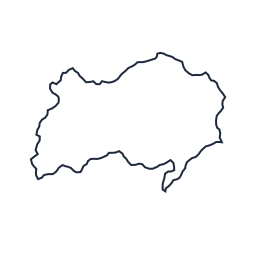 Santana dos Montes, Minas Gerais, Brazil (orthographic projection), rotated 169°
{"feature_id": "56859067B86300581362417", "entity_name": "Santana dos Montes", "entity_type": "district", "adm_level": 2, "iso_a3": "BRA", "parent_name": "Brazil", "parent_adm1": "Minas Gerais", "projection": "orthographic", "projection_center": [-43.666, -20.788], "detail": "fine", "context": "isolated", "style": "outline", "palette": "slate", "viewbox_px": 256, "rotation_deg": 169, "n_neighbors": 0, "source": "geoboundaries", "source_scale": "gbopen_adm2", "svg_char_len": 2218}
<svg xmlns="http://www.w3.org/2000/svg" viewBox="0 0 256 256"><g transform="rotate(169 128 128)"><path d="M170.9,197.3L174.9,196.4L178.3,194.0L181.4,194.5L183.8,191.2L185.0,187.6L187.6,186.2L189.9,184.6L193.4,187.1L196.1,185.6L197.0,181.5L195.5,177.2L192.6,174.7L190.4,172.1L190.4,169.2L191.4,166.1L194.9,163.4L199.1,161.6L203.3,160.8L204.5,156.7L207.3,153.9L210.7,152.7L213.6,150.0L214.9,146.2L217.5,143.2L219.2,138.9L216.2,136.5L217.2,132.4L220.3,129.2L222.9,124.0L221.6,119.6L225.3,117.9L229.3,115.8L229.0,111.1L227.5,108.0L225.8,105.4L226.9,102.0L227.2,99.0L226.0,95.0L221.9,95.7L219.6,97.8L215.7,98.0L210.5,97.1L206.7,99.0L203.2,102.4L199.3,104.1L196.7,102.4L194.1,101.3L191.4,99.4L189.6,96.5L187.1,94.3L183.0,93.8L180.9,96.4L178.9,99.2L175.4,100.5L173.6,103.2L170.7,104.7L167.4,104.3L164.3,103.5L160.8,103.6L157.3,104.3L153.8,105.2L151.4,107.3L147.5,106.5L144.5,106.3L141.2,107.0L138.3,103.9L137.7,101.1L135.7,98.3L134.3,94.7L132.0,91.1L127.6,90.4L123.9,90.9L121.0,89.8L118.8,86.2L115.0,84.0L111.5,83.3L106.9,84.3L103.8,85.7L100.1,85.7L97.2,86.5L92.4,88.4L90.2,85.2L90.1,81.6L90.7,77.8L93.9,77.1L96.9,77.6L100.3,76.1L101.8,72.0L103.3,69.2L104.7,66.2L105.7,61.0L103.4,58.7L102.4,61.6L99.3,63.0L96.0,65.4L93.4,68.1L89.2,68.4L86.7,69.5L84.7,71.9L82.7,74.9L79.7,77.4L78.4,80.5L76.7,83.2L74.0,84.7L71.0,86.2L66.9,86.7L63.9,88.6L61.0,91.4L58.2,93.3L55.2,95.1L51.3,95.4L47.6,96.2L44.3,97.4L41.4,97.0L38.6,96.1L39.8,101.1L38.5,105.1L38.5,108.9L40.5,111.4L40.8,114.5L40.1,118.8L38.6,122.9L36.3,125.1L33.6,127.0L30.7,129.8L30.9,133.2L29.8,136.6L26.7,139.7L28.2,143.4L30.4,147.6L31.8,151.0L32.2,155.0L34.3,157.7L37.3,158.9L38.6,162.1L39.1,165.0L41.3,167.7L45.1,166.2L48.8,166.5L51.4,167.2L54.8,167.5L58.1,170.4L60.7,173.8L61.9,177.6L62.2,182.6L66.0,185.1L68.6,186.7L70.7,189.1L73.2,190.6L76.0,192.0L78.8,194.2L81.8,195.5L85.0,195.4L86.0,192.7L88.1,190.9L91.5,190.6L96.5,190.0L100.8,189.8L106.1,190.8L109.1,188.9L112.2,187.8L116.2,186.8L119.7,184.4L123.4,182.5L125.9,180.5L128.3,178.3L131.8,176.7L135.3,176.1L138.6,176.3L141.8,177.6L144.6,178.9L147.5,176.4L150.8,177.2L153.1,180.5L156.6,180.4L160.4,180.9L162.8,184.8L165.5,188.4L166.6,191.7L169.0,193.8L170.9,197.3Z" fill="none" stroke="#1e293b" stroke-width="2"/></g></svg>